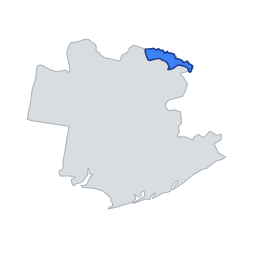 Plateaux, Haut-Ogooué, Gabon (highlighted), rotated 279°
{"feature_id": "22940354B6249741247917", "entity_name": "Plateaux", "entity_type": "district", "adm_level": 2, "iso_a3": "GAB", "parent_name": "Gabon", "parent_adm1": "Haut-Ogooué", "projection": "robinson", "projection_center": [14.201, -1.717], "detail": "fine", "context": "in_parent", "style": "filled", "palette": "blue", "viewbox_px": 256, "rotation_deg": 279, "n_neighbors": 0, "source": "geoboundaries", "source_scale": "gbopen_adm2", "svg_char_len": 6927}
<svg xmlns="http://www.w3.org/2000/svg" viewBox="0 0 256 256"><g transform="rotate(279 128 128)"><path d="M176.5,31.7L176.4,33.9L174.1,39.5L173.0,43.8L172.7,48.3L173.4,52.0L174.5,54.6L175.2,57.5L174.6,59.5L173.5,60.3L174.3,61.3L175.9,61.5L178.8,60.7L183.1,59.2L188.7,57.0L192.5,55.8L198.6,56.5L201.9,57.4L203.6,58.9L205.4,65.4L206.3,66.4L207.8,69.2L209.1,72.6L209.3,74.3L209.2,75.5L207.9,77.3L206.5,79.9L206.0,81.6L204.9,82.8L203.4,83.9L199.2,84.4L198.6,85.1L197.5,87.9L195.3,90.3L194.3,92.6L193.4,95.6L193.6,99.4L193.2,104.8L192.7,108.4L193.8,109.7L198.7,110.6L199.7,111.3L201.0,113.6L202.7,115.7L207.2,117.0L208.9,118.6L210.3,120.4L210.5,121.9L209.5,127.7L208.5,133.4L208.9,137.6L209.3,141.7L209.8,147.7L209.6,151.3L208.3,153.5L208.3,155.3L208.9,157.3L207.7,163.1L207.0,164.1L205.0,165.2L203.9,166.8L203.6,169.2L202.5,172.5L201.4,173.8L201.4,175.3L202.5,176.5L202.5,178.2L200.5,180.3L199.2,181.9L196.6,182.6L193.5,181.8L192.8,180.7L193.5,178.9L193.3,177.4L192.2,175.9L190.6,172.0L189.1,171.2L188.3,172.8L185.8,175.7L181.4,179.5L178.3,179.8L172.6,178.7L167.9,176.9L165.6,172.4L164.2,168.8L162.2,164.5L159.9,162.5L157.4,161.2L156.4,161.1L152.9,163.5L151.8,164.4L151.8,166.4L152.2,168.3L152.7,169.2L153.2,170.3L153.1,172.2L152.4,174.7L152.2,177.4L141.3,180.1L139.4,179.1L138.0,177.9L136.4,178.1L131.6,179.5L129.9,178.5L128.2,177.8L127.4,178.4L127.3,179.6L128.1,186.0L127.8,188.5L126.8,191.7L126.2,193.9L129.1,194.5L130.2,195.5L131.2,197.1L132.6,198.6L132.7,199.5L131.1,201.2L130.6,203.3L131.3,204.9L133.3,206.6L136.2,208.3L137.6,209.5L137.4,210.5L136.1,212.8L135.6,214.7L134.7,216.4L134.9,218.0L136.2,219.4L136.0,220.8L135.2,221.8L133.4,221.6L131.8,221.7L130.5,221.3L126.2,216.2L125.3,216.0L119.1,220.0L117.6,221.6L116.3,223.9L114.6,228.9L111.8,226.0L109.3,220.6L106.5,217.4L100.5,212.1L99.0,208.2L92.1,199.6L82.4,191.0L75.3,183.5L74.2,181.9L75.4,182.1L82.2,185.8L83.2,185.4L83.9,184.6L81.0,182.6L78.2,181.1L75.5,180.1L72.9,180.2L71.4,178.6L70.4,176.2L70.0,174.2L68.8,172.0L65.0,167.6L64.1,165.9L62.1,163.6L63.3,163.3L67.3,165.5L67.7,164.6L67.3,163.3L63.3,161.2L61.1,161.0L60.6,159.5L60.9,157.8L58.0,151.4L55.0,146.6L54.5,144.3L62.6,154.8L63.7,154.9L65.1,154.9L68.5,153.7L67.8,152.3L66.3,150.8L64.9,151.5L63.0,151.6L62.0,151.0L61.5,149.9L63.4,144.8L62.6,145.1L62.0,146.0L60.9,146.4L59.3,146.7L55.3,143.9L51.8,136.6L50.9,135.1L49.9,132.5L49.0,131.5L44.9,121.0L46.5,121.8L48.3,124.8L51.9,124.2L53.3,122.4L54.5,122.5L55.8,122.1L57.4,120.4L61.9,113.2L63.1,103.7L62.7,98.1L62.1,92.5L63.6,90.7L64.2,91.8L64.5,93.8L65.2,95.3L66.8,96.6L69.9,97.0L74.6,99.1L76.3,100.4L76.7,97.7L82.1,95.5L80.5,94.7L75.7,95.6L69.1,92.2L66.9,90.1L64.9,86.0L62.8,83.9L62.9,82.0L67.6,80.2L68.9,80.4L69.4,82.5L70.7,83.4L71.2,83.1L71.4,81.3L71.4,76.5L70.0,69.6L70.4,68.3L71.7,67.9L72.8,66.9L73.7,66.8L75.3,66.9L76.1,68.5L76.5,69.4L78.1,69.8L79.4,70.7L80.6,70.4L81.5,69.4L82.9,69.2L87.2,69.2L91.2,69.3L98.9,69.3L106.7,69.3L114.5,69.4L120.4,69.4L120.4,65.4L120.3,59.4L120.3,52.2L120.3,45.3L120.3,39.0L120.2,31.5L120.5,29.3L120.9,28.4L120.8,27.2L126.8,27.1L137.7,27.7L142.5,27.6L143.8,27.7L149.8,27.3L154.6,27.8L156.7,28.3L158.5,28.6L164.3,28.9L171.8,28.5L174.4,28.6L175.8,29.6L176.5,31.7Z" fill="#d9dde1" stroke="#a8b0b8" stroke-width="1"/><path d="M208.8,133.2L208.1,133.1L207.7,133.0L207.5,132.8L207.1,132.8L206.8,132.8L206.4,132.9L206.0,133.1L205.4,133.3L204.7,133.6L204.1,133.9L203.5,134.3L203.1,134.5L202.5,134.8L201.7,135.2L200.9,135.6L200.1,136.0L199.4,136.6L199.2,136.8L198.4,137.3L198.3,137.6L198.2,138.0L198.1,138.4L198.1,138.8L198.2,139.2L198.4,139.8L198.5,139.9L198.9,140.8L199.3,141.5L199.5,141.9L200.1,143.2L200.5,144.4L200.8,145.0L201.0,146.2L201.1,146.8L201.3,147.4L201.6,147.9L201.7,148.3L201.7,148.7L201.5,149.0L201.2,149.5L200.9,150.0L200.8,150.5L200.4,151.1L200.3,151.3L200.2,151.7L200.2,152.3L200.1,153.4L199.9,154.1L199.6,154.7L199.0,155.6L198.3,156.5L197.7,157.1L197.0,157.7L196.5,158.0L196.1,158.2L195.6,158.4L195.3,158.6L195.1,158.9L194.8,159.2L194.6,159.3L194.2,159.3L193.8,159.1L193.5,158.8L193.3,158.7L192.9,158.4L192.5,158.2L192.3,158.2L192.1,158.6L192.0,158.9L192.2,159.6L192.4,160.1L192.7,160.6L192.9,161.3L193.3,162.2L193.6,162.8L193.9,163.2L194.3,163.8L194.7,164.1L195.2,164.6L195.6,164.8L195.9,165.0L196.1,165.2L196.4,165.7L196.9,166.2L197.2,166.5L197.5,166.9L197.7,167.4L197.9,168.0L198.1,168.6L198.2,169.3L198.2,170.0L198.0,170.8L197.9,171.3L197.9,171.8L197.9,172.4L197.9,172.9L197.9,173.2L197.9,173.6L197.9,174.0L197.8,174.3L197.7,174.7L197.5,174.9L197.4,175.2L197.2,175.4L197.1,175.7L197.0,176.2L196.9,176.7L196.6,177.3L196.4,177.5L196.0,177.8L195.8,177.9L195.4,178.2L195.1,178.3L194.9,178.5L194.5,178.7L194.3,178.8L193.8,179.0L193.4,179.1L193.1,179.7L192.9,180.2L192.9,180.5L193.1,180.9L193.4,181.1L193.6,181.3L194.0,181.4L194.3,181.5L194.7,181.5L195.2,181.5L195.5,181.4L195.8,181.3L196.1,181.1L196.4,181.1L196.7,181.4L196.8,181.7L196.9,182.1L197.0,182.3L197.4,182.3L197.7,182.1L198.0,182.0L198.3,181.9L198.5,181.9L198.7,182.0L199.0,182.2L199.2,182.3L199.4,182.2L199.6,182.0L199.7,181.7L199.8,181.4L199.9,181.0L200.0,180.7L200.2,180.4L200.3,180.3L200.5,180.0L200.5,179.8L200.6,179.5L200.6,178.9L200.7,178.7L200.8,178.2L201.1,177.8L201.4,177.6L201.9,177.1L202.3,176.9L202.7,176.7L203.1,176.6L203.1,176.3L203.1,175.8L203.0,175.4L202.8,175.1L202.4,174.6L201.8,174.0L201.5,173.6L201.4,173.3L201.3,173.0L201.4,172.6L201.5,172.2L201.8,172.0L202.3,171.7L202.8,171.4L202.9,171.1L203.0,170.9L203.0,170.6L203.0,170.2L203.0,169.8L203.3,169.6L203.5,169.5L203.7,169.2L203.8,168.8L203.9,168.4L203.9,167.9L204.0,167.4L204.1,167.1L204.1,166.9L204.2,166.5L204.2,166.0L204.2,165.8L204.0,165.7L203.9,165.4L203.9,165.2L203.9,164.9L204.0,164.6L204.0,164.4L204.1,164.2L204.4,163.9L204.7,163.7L205.3,163.4L205.9,163.1L206.6,162.7L207.1,162.4L207.6,162.1L208.1,161.8L208.3,161.5L208.4,161.3L208.5,161.0L208.4,160.6L208.4,160.3L208.4,159.9L208.4,159.5L208.5,159.1L208.6,158.8L208.6,158.3L208.6,157.6L208.6,157.1L208.7,156.6L208.7,156.1L208.8,155.8L209.0,155.4L209.3,155.1L209.5,154.9L209.8,154.6L209.7,154.4L209.3,154.4L208.9,154.3L208.7,154.2L208.4,153.8L208.4,153.6L208.3,153.2L208.2,153.0L208.0,152.8L207.8,152.7L207.7,152.4L207.8,152.3L208.0,152.1L208.3,152.0L208.6,151.9L208.8,151.7L209.0,151.5L209.2,151.0L209.3,150.7L209.5,150.5L209.9,150.5L210.2,150.3L210.3,150.1L210.3,149.8L210.2,149.5L210.1,149.3L209.9,149.1L209.7,148.9L209.7,148.7L209.8,148.4L209.9,148.2L210.0,147.9L210.1,147.6L210.1,147.1L210.3,146.8L210.5,146.6L210.7,146.4L210.9,146.2L211.0,145.8L211.1,145.6L210.9,145.2L210.5,144.9L210.2,144.7L209.8,144.3L209.6,144.0L209.5,143.7L209.5,143.4L209.5,143.2L209.8,142.8L210.0,142.5L210.2,142.3L210.3,142.1L210.4,141.7L210.4,141.4L210.5,141.1L210.5,140.5L210.5,140.1L210.5,139.7L210.2,139.2L209.8,138.7L209.6,138.4L209.6,138.1L209.6,137.8L209.7,137.6L209.7,137.3L209.7,137.0L209.5,136.6L209.3,136.3L209.1,135.6L208.9,135.0L208.8,134.4L208.7,134.0L208.7,133.4L208.8,133.2Z" fill="#3b82f6" stroke="#1e3a8a" stroke-width="1.5"/></g></svg>